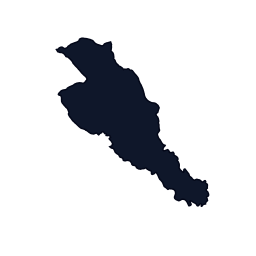 outline of San Mateo, Alajuela, Costa Rica, rotated 247°
{"feature_id": "36466004B56019207244783", "entity_name": "San Mateo", "entity_type": "district", "adm_level": 2, "iso_a3": "CRI", "parent_name": "Costa Rica", "parent_adm1": "Alajuela", "projection": "orthographic", "projection_center": [-84.558, 9.96], "detail": "fine", "context": "isolated", "style": "filled", "palette": "ink", "viewbox_px": 256, "rotation_deg": 247, "n_neighbors": 0, "source": "geoboundaries", "source_scale": "gbopen_adm2", "svg_char_len": 5837}
<svg xmlns="http://www.w3.org/2000/svg" viewBox="0 0 256 256"><g transform="rotate(247 128 128)"><path d="M228.2,92.8L225.6,93.2L225.1,93.9L224.2,94.8L223.4,96.5L222.4,97.4L221.2,98.2L220.2,98.4L219.1,98.8L218.1,98.8L217.2,99.8L217.0,100.2L216.5,100.6L214.8,101.3L214.3,101.6L211.9,102.5L210.4,102.8L209.0,102.8L207.2,103.5L206.0,103.8L202.9,105.1L201.1,105.5L200.5,105.9L199.3,106.2L196.5,107.0L196.2,107.2L194.1,108.0L193.0,108.6L191.1,109.4L189.2,109.5L188.7,109.1L188.0,108.4L187.8,107.6L186.9,106.2L186.6,104.9L186.6,104.1L187.7,102.6L188.6,100.9L189.2,98.4L189.2,96.0L188.7,94.3L188.7,90.0L188.5,88.5L188.4,87.8L187.8,87.0L187.7,86.5L187.7,85.3L188.3,83.0L188.3,81.1L187.1,78.2L186.3,77.1L185.8,77.1L185.1,77.5L184.6,78.6L184.1,78.8L182.2,78.8L181.4,78.5L180.0,77.9L178.3,77.3L176.9,77.3L176.0,77.5L174.9,77.9L174.2,78.0L172.8,78.5L172.5,78.7L171.5,78.9L169.9,79.7L169.2,79.9L165.5,79.8L164.8,79.3L164.4,78.8L163.8,78.6L162.3,78.6L161.0,78.9L160.4,78.9L160.2,79.1L156.2,80.0L155.1,80.6L153.0,81.4L152.9,81.6L148.4,83.5L146.5,84.5L145.9,85.0L145.0,86.2L143.6,87.7L142.9,88.2L142.7,88.2L142.7,88.4L142.3,88.7L141.3,89.3L140.6,89.8L139.7,90.2L138.4,91.0L137.9,91.5L137.7,91.5L137.0,92.3L135.9,94.1L135.9,95.8L135.8,96.4L135.5,97.2L135.1,97.5L134.0,97.9L133.2,98.3L133.3,98.8L133.8,99.5L134.0,100.3L134.0,101.8L134.4,102.2L134.5,102.5L134.5,103.6L134.3,103.8L133.8,104.0L131.9,104.5L130.8,105.8L130.5,105.7L129.7,105.0L129.0,106.1L128.6,107.6L127.8,108.2L126.3,108.3L125.6,106.6L125.0,106.5L122.8,107.4L120.9,107.7L119.0,107.7L118.8,107.5L118.7,106.8L118.1,106.6L117.9,106.0L117.9,103.9L117.0,104.3L116.2,104.8L115.6,105.5L115.2,106.2L114.2,106.7L113.4,106.8L110.6,106.8L108.8,107.7L107.2,108.9L106.1,109.1L105.0,109.1L104.3,109.3L102.8,111.0L102.3,111.3L101.1,111.3L100.6,111.1L100.1,111.1L99.6,111.5L99.0,112.4L98.8,113.0L98.7,114.1L98.2,115.4L96.8,117.0L96.1,117.3L93.5,117.7L93.2,117.4L92.4,117.6L91.7,118.1L91.3,119.0L90.7,119.7L89.8,120.3L88.9,120.7L88.4,120.3L88.2,120.3L86.3,121.7L85.2,123.5L85.0,125.5L84.7,125.8L84.4,126.9L84.4,128.4L84.1,129.1L82.4,129.7L82.0,130.2L81.0,130.8L79.5,132.4L78.6,132.5L76.8,131.8L76.1,131.9L75.8,132.3L75.7,133.7L75.8,134.4L76.3,135.6L76.3,136.3L76.0,136.6L75.4,136.8L73.1,137.1L70.0,137.1L68.5,137.2L66.9,137.9L64.4,138.6L60.0,138.5L58.0,139.8L56.0,140.7L55.9,140.9L56.1,142.5L55.5,143.2L55.0,144.4L53.8,145.9L53.0,146.4L52.5,146.6L51.3,146.8L50.8,146.8L48.8,146.1L48.3,145.9L48.3,145.7L47.8,145.1L47.0,144.5L46.4,143.9L45.6,143.6L44.7,143.6L43.0,144.5L42.7,144.9L42.1,145.6L41.8,145.7L41.2,146.4L41.1,147.3L41.3,148.9L41.3,150.0L40.8,151.1L39.8,152.4L38.7,153.0L36.5,153.5L33.3,153.6L32.6,153.7L32.4,154.4L32.4,155.2L32.7,156.0L33.1,156.3L35.2,156.3L36.2,156.4L36.5,156.7L36.5,157.2L35.7,158.1L35.2,158.3L33.6,159.5L33.1,160.0L31.8,160.9L31.0,161.2L30.1,161.2L29.4,161.4L29.2,161.6L29.0,162.0L29.0,162.5L29.3,163.3L29.9,164.0L30.0,165.0L29.6,165.6L29.4,165.7L29.1,165.7L27.8,165.0L27.3,165.0L27.2,165.5L27.7,166.5L27.8,166.6L28.3,167.4L27.8,169.7L28.4,169.9L29.4,170.9L30.1,172.8L32.0,173.2L32.8,173.2L33.8,173.5L34.0,173.8L34.0,175.1L34.1,175.4L34.5,175.8L35.3,176.2L36.3,176.4L38.1,176.4L39.2,175.8L40.7,175.8L41.2,176.3L41.6,177.5L42.5,177.8L44.4,178.8L44.8,178.9L45.4,178.9L45.6,178.8L46.5,178.0L46.9,177.8L48.3,178.6L48.9,178.6L49.3,178.5L49.5,178.1L49.5,177.7L49.1,176.2L49.0,175.3L51.9,173.8L52.2,173.6L53.4,171.8L53.8,171.5L54.0,170.8L53.9,168.8L55.0,167.8L56.1,167.3L57.3,167.1L57.9,166.8L59.1,166.0L59.7,165.8L61.9,166.0L68.0,164.4L68.1,164.1L68.0,163.4L67.5,163.0L65.7,162.1L65.6,161.7L66.3,161.0L69.4,159.6L71.3,159.5L71.8,159.6L73.0,160.3L74.8,161.0L76.3,161.0L77.3,161.0L78.2,160.7L79.0,160.7L79.4,161.4L79.7,161.7L80.5,162.0L81.2,162.0L82.3,161.7L83.0,161.3L84.9,159.8L85.5,159.9L86.3,160.3L87.9,160.2L88.2,159.9L88.3,158.5L89.1,156.9L89.3,156.7L90.8,156.7L92.0,156.4L92.6,156.0L92.7,152.8L93.1,151.9L93.5,151.7L94.4,151.7L94.9,151.9L95.5,152.3L96.5,153.4L97.0,154.8L97.5,155.4L98.9,153.9L99.3,153.8L99.6,153.6L101.0,153.3L101.4,153.1L102.8,153.1L103.6,152.9L104.5,152.9L105.8,152.4L107.1,152.2L109.7,152.3L110.6,152.5L111.3,152.9L112.0,153.8L112.9,155.4L113.3,155.9L113.7,156.1L114.3,156.3L115.0,156.3L115.7,156.5L116.1,156.6L116.8,156.9L117.2,156.9L118.8,157.7L120.9,157.9L122.0,158.8L122.4,159.0L124.9,159.5L126.6,159.5L126.7,159.3L127.7,159.0L129.4,159.0L129.8,159.2L130.4,159.7L130.7,161.3L130.9,161.6L132.9,163.1L133.0,163.3L133.8,163.8L134.3,164.5L136.4,164.5L136.6,164.4L137.1,164.4L137.9,164.0L139.1,163.3L139.4,163.3L140.0,162.8L140.9,161.7L141.3,160.8L142.1,159.5L144.4,157.5L146.2,156.5L146.7,156.4L147.1,156.2L147.6,156.2L148.2,155.8L150.8,155.7L152.6,156.0L153.7,156.3L154.4,156.3L155.3,156.5L156.5,156.6L157.9,156.8L162.8,156.8L164.2,156.5L168.0,156.5L168.9,156.8L170.5,156.8L173.3,156.1L175.5,155.3L179.0,154.4L179.9,153.7L180.3,152.7L180.5,152.4L182.0,151.8L182.5,151.2L182.7,149.2L183.5,147.9L183.5,146.7L184.5,146.5L185.2,146.3L187.4,145.0L188.9,143.6L190.0,143.5L191.8,142.6L193.3,142.3L195.5,142.4L196.7,142.0L197.1,141.8L197.4,141.7L198.7,142.6L201.6,143.4L203.1,143.4L205.1,142.6L206.0,142.5L206.4,142.7L206.6,143.0L208.8,144.3L210.8,145.0L211.2,145.4L214.0,145.6L214.3,143.3L214.3,142.6L214.6,141.7L214.6,139.3L214.3,138.6L214.1,138.5L213.7,137.8L213.6,136.4L213.9,135.8L216.0,133.5L216.4,132.9L217.2,132.1L218.4,131.1L219.6,130.5L220.4,130.2L221.1,130.1L222.3,129.6L223.2,128.7L223.4,128.3L223.6,128.3L224.3,127.6L224.7,127.1L224.9,126.7L225.5,126.0L226.6,124.5L227.4,122.9L228.3,121.6L228.6,120.6L228.8,120.2L228.7,118.1L228.3,117.7L228.0,117.7L227.5,117.0L227.1,115.4L227.1,113.6L227.2,113.1L227.4,108.1L227.0,107.0L226.6,104.8L225.7,103.4L225.7,101.2L225.9,100.8L226.3,100.2L228.0,99.1L228.3,98.7L228.6,97.7L228.6,96.4L228.5,95.7L228.2,95.4L227.9,94.9L227.9,93.7L228.1,93.5L228.2,92.8Z" fill="#0f172a" stroke="#020617" stroke-width="1.5"/></g></svg>